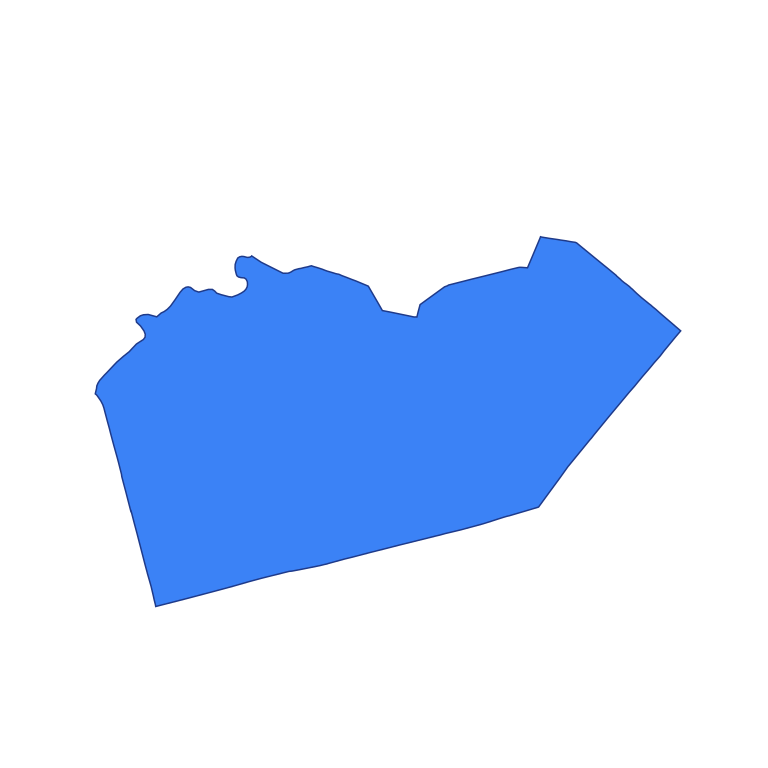 outline of Olari, Prahova, Romania, rotated 338°
{"feature_id": "2599482B22841154857116", "entity_name": "Olari", "entity_type": "district", "adm_level": 2, "iso_a3": "ROU", "parent_name": "Romania", "parent_adm1": "Prahova", "projection": "mercator", "projection_center": [26.206, 44.79], "detail": "fine", "context": "isolated", "style": "filled", "palette": "blue", "viewbox_px": 768, "rotation_deg": 338, "n_neighbors": 0, "source": "geoboundaries", "source_scale": "gbopen_adm2", "svg_char_len": 3506}
<svg xmlns="http://www.w3.org/2000/svg" viewBox="0 0 768 768"><g transform="rotate(338 384 384)"><path d="M524.4,529.1L524.6,529.0L554.7,512.5L555.7,512.1L560.2,509.5L580.7,498.3L608.3,483.5L615.5,479.9L620.4,477.2L626.3,474.0L636.8,468.6L642.3,465.6L650.7,461.4L656.1,458.2L671.9,449.6L679.0,445.9L673.6,435.4L668.3,425.2L666.1,420.9L664.0,416.6L661.9,412.8L661.0,410.9L659.9,409.1L657.2,404.2L655.1,400.4L652.2,394.6L650.8,391.5L650.0,389.6L649.5,388.6L649.0,387.7L648.5,386.7L648.2,385.8L647.9,385.3L646.8,383.4L645.8,381.7L644.9,380.4L644.4,379.5L643.8,378.4L643.1,377.1L642.3,375.2L640.8,372.3L640.3,371.4L640.1,370.8L640.1,370.4L639.8,370.0L639.3,369.0L634.3,359.8L631.9,355.5L626.7,346.0L622.0,337.4L617.9,329.9L615.5,325.4L614.8,324.7L614.4,324.3L611.1,322.4L606.2,319.3L601.7,316.7L599.3,315.2L591.7,310.8L585.0,306.7L584.3,306.1L583.4,307.1L569.8,320.8L560.6,330.0L555.9,327.7L553.7,326.7L552.1,326.3L544.0,325.1L535.4,324.0L529.7,323.2L523.3,322.3L518.2,321.6L509.9,320.4L504.3,319.6L496.8,318.6L486.5,317.2L480.7,316.4L480.0,316.7L476.5,316.6L472.9,317.5L455.6,321.8L447.2,323.9L442.9,329.6L439.6,334.2L437.8,333.4L437.2,333.3L433.8,331.0L416.8,319.7L410.0,315.3L409.0,307.8L406.1,287.4L404.4,285.7L396.5,277.9L393.1,274.8L389.3,271.2L385.4,267.6L383.9,266.0L383.2,265.3L382.2,264.7L380.7,263.7L379.0,262.3L376.5,260.3L375.1,259.2L373.8,258.2L371.8,256.4L369.7,254.4L366.6,251.8L365.0,250.5L362.7,248.7L361.0,247.2L358.8,246.9L357.4,246.8L353.5,246.1L350.4,245.7L348.3,245.2L346.6,245.0L344.2,244.7L342.5,244.8L339.8,245.3L338.1,245.4L336.5,245.3L331.9,243.5L326.9,237.8L315.8,225.2L309.3,215.7L308.9,216.0L308.7,216.0L307.7,216.1L306.9,216.1L306.2,215.9L305.8,215.8L304.6,215.4L301.8,213.3L300.0,212.4L297.8,212.0L296.3,212.3L295.6,212.4L294.6,213.3L293.8,214.0L292.9,214.8L290.8,217.4L289.4,220.6L288.8,222.7L288.5,224.7L288.2,227.0L288.2,228.6L289.2,230.3L291.2,231.8L294.2,233.3L295.4,235.2L295.6,238.0L294.7,240.7L293.5,242.7L291.5,244.4L289.2,245.5L285.9,246.2L281.7,246.6L275.6,246.4L272.8,244.9L266.5,240.2L262.9,237.1L261.9,234.5L260.3,232.0L256.5,230.5L246.7,229.4L243.4,226.5L240.8,222.0L238.8,220.6L236.6,220.1L233.2,220.6L229.3,222.6L227.8,223.6L221.7,227.7L215.2,231.8L211.0,233.6L207.2,234.5L203.9,234.7L198.5,236.6L191.4,231.2L186.9,229.7L183.6,229.5L179.8,230.5L178.3,231.2L177.7,234.0L180.0,239.0L181.4,245.1L181.3,246.8L181.3,248.4L180.0,251.1L177.6,252.6L171.3,253.8L169.4,254.2L163.7,256.8L159.9,258.6L152.8,260.7L144.7,263.5L141.1,265.1L130.9,269.8L128.1,271.0L125.1,272.5L121.8,274.1L119.2,276.0L117.0,278.2L115.7,280.6L113.2,284.1L112.6,285.0L113.4,286.4L113.8,287.8L115.1,293.6L115.5,297.8L115.3,301.5L114.8,305.1L114.1,310.7L113.6,314.6L112.7,322.4L111.9,328.2L110.5,339.6L109.1,352.1L108.4,357.7L107.7,362.7L106.8,369.3L106.2,371.6L105.3,378.5L104.2,387.5L103.0,396.5L101.6,407.1L101.9,407.0L101.6,409.7L100.2,420.3L99.0,430.1L96.9,446.0L94.8,461.9L94.2,466.8L93.8,470.2L93.7,470.7L92.7,480.2L92.2,484.7L90.7,494.4L90.1,497.8L89.4,502.9L89.0,504.8L94.4,505.5L121.2,509.1L138.6,511.3L157.8,513.7L168.8,515.0L185.0,516.7L197.4,518.2L201.8,518.8L225.9,522.2L228.6,523.0L236.5,524.6L256.6,528.4L261.0,529.0L263.8,529.5L264.7,529.5L281.8,531.5L290.0,532.7L307.9,535.0L324.5,537.3L337.3,539.0L374.8,544.3L379.4,545.0L384.8,545.6L389.9,546.4L400.6,548.0L423.2,550.7L431.8,551.4L439.0,551.9L445.4,552.4L448.4,552.7L450.8,553.1L456.0,553.6L468.2,554.8L481.2,556.0L493.4,548.4L512.5,536.6L524.1,529.2L524.4,529.1Z" fill="#3b82f6" stroke="#1e3a8a" stroke-width="1.5"/></g></svg>